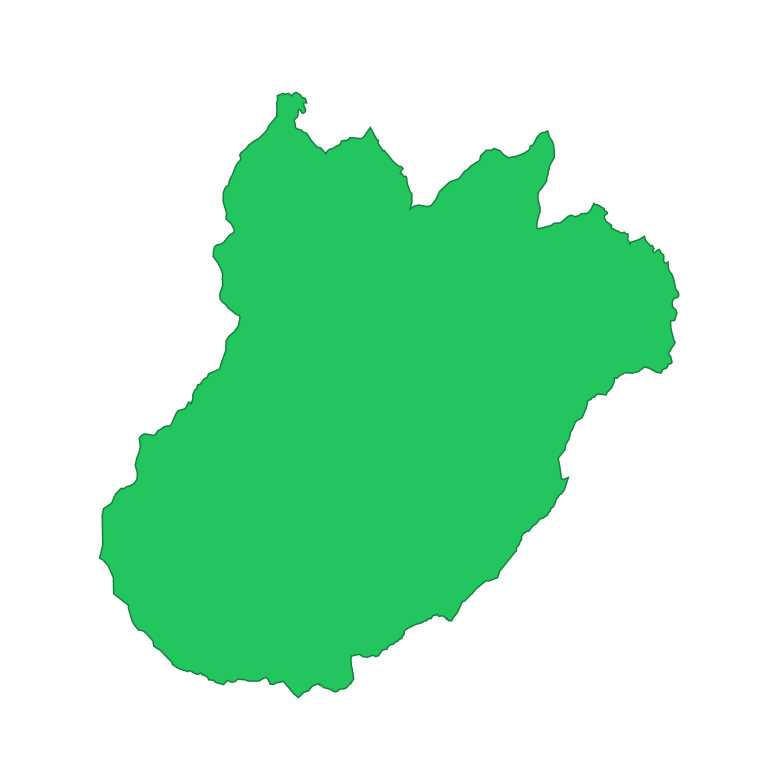 the district of Sao Lourenco Dos Orgaos, São Salvador do Mundo, Cabo Verde, rotated 353°
{"feature_id": "66160863B72941798312267", "entity_name": "Sao Lourenco Dos Orgaos", "entity_type": "district", "adm_level": 2, "iso_a3": "CPV", "parent_name": "Cabo Verde", "parent_adm1": "São Salvador do Mundo", "projection": "equal_earth", "projection_center": [-23.584, 15.067], "detail": "fine", "context": "isolated", "style": "filled", "palette": "green", "viewbox_px": 768, "rotation_deg": 353, "n_neighbors": 0, "source": "geoboundaries", "source_scale": "gbopen_adm2", "svg_char_len": 6142}
<svg xmlns="http://www.w3.org/2000/svg" viewBox="0 0 768 768"><g transform="rotate(353 384 384)"><path d="M341.5,95.6L340.9,91.7L340.0,90.5L337.4,89.5L336.6,87.3L332.7,84.0L331.5,83.9L328.6,85.5L327.4,86.8L324.7,83.9L320.5,84.5L319.5,83.2L313.3,84.8L312.9,89.3L311.7,92.2L311.2,98.8L310.1,105.3L300.9,114.0L299.1,117.3L296.2,120.1L289.9,124.9L283.8,127.5L278.7,130.5L275.6,133.8L270.0,137.3L268.7,139.2L269.4,142.5L268.3,144.8L265.8,146.6L263.3,149.9L259.1,157.7L255.3,163.3L253.9,167.9L252.3,168.4L250.2,170.2L247.9,174.3L246.5,183.1L248.6,194.8L247.3,201.0L252.0,206.4L254.3,212.8L253.4,215.4L249.2,217.1L241.9,224.0L239.5,225.2L234.9,225.7L232.5,227.3L231.0,231.2L229.9,236.5L233.9,243.6L236.2,249.6L237.3,256.2L236.4,259.3L236.1,266.2L231.9,274.8L231.8,279.8L233.7,283.1L236.4,285.7L238.6,289.5L245.7,296.8L248.8,298.5L249.2,300.5L246.3,309.0L241.8,313.8L236.0,317.7L232.6,321.8L231.2,331.2L224.5,344.5L222.8,349.1L211.1,352.6L209.4,355.8L205.8,357.3L201.4,361.8L198.8,362.3L197.7,365.6L195.5,366.9L192.9,371.2L192.6,375.0L190.1,380.9L190.0,378.9L187.8,378.2L184.7,383.2L183.1,384.3L176.2,385.5L174.1,387.9L169.2,396.2L166.5,399.7L163.2,399.2L160.2,399.8L157.2,401.7L153.9,402.8L150.9,406.4L148.8,406.9L140.8,404.4L138.7,404.7L136.2,406.2L134.5,407.9L134.6,416.0L132.8,421.5L129.6,427.5L127.2,434.3L128.4,442.1L127.3,448.3L124.1,452.2L119.6,454.1L116.2,454.5L113.4,456.0L110.3,455.6L104.1,460.6L99.0,469.2L90.3,473.7L88.3,480.2L85.2,509.6L80.5,522.2L83.8,524.5L88.2,531.0L91.8,543.2L90.1,559.2L103.3,572.4L103.0,575.3L105.2,588.7L106.9,592.9L110.3,598.2L115.1,599.8L118.3,603.5L123.4,611.0L123.5,616.2L129.4,620.9L139.3,634.0L140.0,636.8L145.0,641.1L154.4,645.6L156.1,644.7L162.7,649.2L163.9,649.5L167.5,648.7L168.1,649.6L168.0,650.4L171.0,651.6L173.4,654.1L173.8,656.2L178.6,657.3L180.3,659.5L188.1,662.8L192.6,659.1L196.4,661.5L199.9,661.2L203.0,659.1L210.5,660.8L212.9,662.3L223.6,663.6L230.8,660.6L232.9,662.9L234.5,668.1L238.0,668.7L240.2,667.6L248.0,667.0L256.8,680.6L260.8,684.8L266.8,680.3L272.0,679.2L275.2,675.7L278.1,674.4L283.1,673.8L283.8,675.4L285.8,676.0L286.9,677.9L293.2,680.3L296.9,683.3L299.7,683.6L303.3,681.3L306.6,681.8L309.7,681.0L313.3,677.7L314.3,677.6L318.0,672.9L317.7,662.9L317.2,659.3L317.7,652.3L318.8,650.0L326.5,649.3L330.1,652.2L332.1,652.4L333.7,653.3L339.9,651.8L342.3,653.5L345.5,653.0L349.8,648.0L354.7,647.5L355.0,646.4L357.7,643.8L361.5,643.4L363.7,641.7L366.5,640.8L368.1,639.2L370.7,638.7L371.3,636.5L372.4,636.2L373.7,634.3L373.8,632.6L374.7,631.0L378.7,629.0L386.1,626.5L391.8,625.7L396.2,623.9L396.9,624.3L400.2,622.1L401.9,622.7L404.6,619.7L407.3,619.8L408.6,619.0L410.2,621.3L413.8,621.2L415.5,622.3L417.0,624.0L417.2,625.1L418.4,624.6L419.0,626.6L422.5,627.3L423.3,625.5L429.2,619.5L435.2,609.5L437.5,609.3L443.9,604.0L445.9,602.9L450.2,598.7L461.0,591.8L464.0,592.2L473.1,590.1L475.8,584.1L493.4,566.9L495.0,565.9L495.8,562.3L498.8,559.6L499.7,557.3L501.5,555.1L501.9,552.5L503.9,549.6L507.9,547.6L510.0,547.7L513.8,543.5L518.1,541.1L522.1,537.2L526.3,536.1L530.3,533.9L531.9,531.5L533.3,530.6L534.6,527.8L537.0,526.5L538.3,524.8L541.5,518.5L542.8,517.9L544.5,515.5L547.2,514.3L550.2,510.9L555.6,499.2L550.0,500.7L548.5,499.4L548.5,488.2L547.8,478.9L555.6,471.2L556.6,468.3L556.6,466.8L560.9,461.2L563.6,454.0L565.2,452.4L569.0,445.6L570.3,444.3L576.7,441.3L581.6,432.8L584.3,425.5L587.6,424.4L588.9,422.9L591.6,422.4L593.8,420.3L595.5,420.0L603.2,421.9L604.4,419.6L609.5,415.4L612.9,409.6L613.5,405.8L615.7,406.8L619.4,404.2L624.7,402.1L631.5,403.5L638.1,402.7L644.8,398.7L649.5,400.9L655.9,405.5L660.4,406.9L662.2,403.6L666.2,402.7L667.4,401.6L668.4,399.0L671.3,398.8L672.6,397.4L671.8,391.3L670.6,390.5L670.6,387.1L672.5,385.7L673.3,383.8L676.7,380.4L678.1,377.9L677.0,375.7L675.8,366.1L675.6,362.4L676.1,356.4L680.1,356.3L683.3,349.5L682.9,346.6L679.9,342.4L679.8,338.4L680.9,336.1L682.1,334.9L683.5,334.0L685.5,334.0L686.9,333.0L687.5,331.0L686.8,328.1L685.1,325.2L684.2,314.1L683.1,310.3L681.2,307.0L680.3,304.0L680.8,297.6L677.7,298.6L677.2,297.9L676.5,295.6L677.3,292.2L677.2,290.1L675.0,287.6L673.7,283.9L671.3,284.7L668.7,286.6L667.9,286.4L667.0,284.8L668.4,282.9L668.0,282.3L667.7,279.9L666.8,279.2L665.3,279.3L662.9,276.0L661.1,273.0L660.5,269.2L654.9,271.7L645.8,273.6L645.4,274.9L643.4,270.1L644.2,267.8L644.4,264.8L642.7,264.7L641.0,262.6L637.6,263.2L635.1,260.7L633.3,260.3L631.0,258.2L628.7,257.5L629.2,254.2L624.4,249.8L623.0,246.0L623.3,243.7L626.3,242.1L626.7,241.1L625.3,239.6L624.0,239.3L623.9,236.8L617.7,232.1L615.1,231.5L614.3,230.3L610.7,235.9L606.9,239.4L600.7,239.0L597.8,240.6L593.9,241.3L590.7,239.2L587.4,239.9L578.7,245.6L572.3,245.2L569.2,247.0L557.1,248.7L555.2,248.5L554.8,247.3L555.2,243.8L556.3,240.0L557.9,236.9L557.9,235.3L559.8,232.7L560.4,228.0L559.4,220.2L559.5,216.6L560.1,214.5L561.3,211.6L564.3,209.0L570.2,202.3L570.9,198.6L572.5,195.9L572.9,192.9L574.3,190.8L574.3,189.3L575.6,186.5L580.5,180.3L581.2,176.5L581.5,167.7L580.8,164.2L578.2,158.8L577.4,152.7L574.3,153.8L571.4,153.8L569.3,154.8L566.0,157.7L561.1,164.8L558.3,165.7L556.5,169.4L551.0,172.2L543.1,174.1L535.2,174.6L530.9,171.3L527.5,166.6L522.0,163.6L519.1,165.0L513.9,164.5L507.8,169.2L506.3,173.5L505.2,174.3L496.6,178.3L492.8,181.6L490.1,182.5L484.7,188.1L482.8,189.4L473.8,191.5L462.7,199.6L458.3,206.8L452.5,212.7L448.6,213.2L440.0,210.6L435.3,211.2L431.3,213.4L433.9,206.6L434.8,198.6L433.2,195.6L431.5,188.3L431.6,181.8L431.1,180.6L429.0,180.4L427.6,177.9L425.8,176.8L427.6,173.8L429.2,172.6L427.6,170.3L425.4,169.8L423.5,168.0L419.7,163.4L412.6,152.1L411.2,152.6L410.7,150.6L408.2,146.2L407.3,143.5L408.1,142.1L408.0,141.3L406.9,141.0L401.6,127.8L394.0,136.2L391.6,137.8L380.3,135.3L379.1,136.5L375.6,138.1L375.0,137.4L371.7,137.5L369.7,140.4L368.5,141.4L365.0,142.4L362.6,143.8L359.0,144.3L356.3,145.7L354.2,148.2L350.2,142.2L346.3,140.4L341.6,133.6L337.8,125.7L334.2,124.0L333.4,122.3L328.1,119.8L327.3,117.9L327.6,115.5L327.0,111.8L327.7,110.4L330.0,108.8L331.4,106.9L332.2,101.9L333.6,101.2L334.3,101.8L335.4,104.6L336.4,105.4L338.2,104.9L339.3,103.6L339.5,100.8L338.7,99.8L338.2,95.7L339.1,95.1L341.5,95.6Z" fill="#22c55e" stroke="#15803d" stroke-width="1.5"/></g></svg>